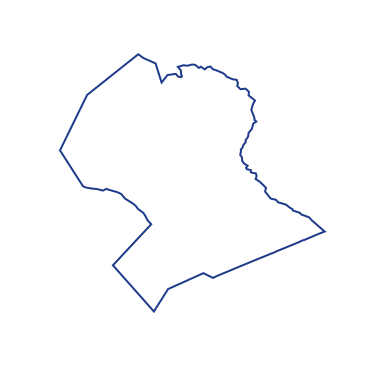 the district of Takhtakupir, Karakalpakstan, Uzbekistan, rotated 107°
{"feature_id": "79887680B8081809775743", "entity_name": "Takhtakupir", "entity_type": "district", "adm_level": 2, "iso_a3": "UZB", "parent_name": "Uzbekistan", "parent_adm1": "Karakalpakstan", "projection": "orthographic", "projection_center": [60.944, 43.185], "detail": "fine", "context": "isolated", "style": "outline", "palette": "blue", "viewbox_px": 384, "rotation_deg": 107, "n_neighbors": 0, "source": "geoboundaries", "source_scale": "gbopen_adm2", "svg_char_len": 1628}
<svg xmlns="http://www.w3.org/2000/svg" viewBox="0 0 384 384"><g transform="rotate(107 192 192)"><path d="M129.9,320.7L190.8,330.4L218.4,297.9L218.7,294.5L218.0,288.9L217.0,284.0L216.7,277.7L213.9,274.5L214.2,272.4L214.0,263.5L214.6,259.1L217.9,254.1L219.2,249.2L220.4,244.7L221.9,241.5L223.9,238.9L226.3,232.3L228.3,229.9L232.1,226.2L234.8,221.6L285.2,246.2L317.4,193.5L291.8,186.5L266.3,157.4L268.0,146.7L267.6,146.3L266.5,145.2L265.1,143.7L249.7,125.1L245.2,119.6L236.2,108.7L233.1,104.8L227.2,97.6L226.3,96.3L223.8,93.6L217.3,85.6L213.3,80.8L213.2,80.5L212.2,79.5L211.7,78.7L207.4,73.7L206.0,72.3L206.0,72.2L205.3,70.9L197.4,61.5L195.8,59.6L191.0,53.6L184.0,69.3L182.0,72.6L181.5,81.1L180.4,82.7L180.2,90.2L179.0,91.0L178.3,94.1L176.6,98.4L176.7,106.6L174.9,109.5L175.3,114.7L170.3,122.2L166.3,122.5L162.5,129.9L160.9,135.0L157.8,134.9L155.5,136.4L156.0,139.8L155.9,141.5L153.9,142.1L154.1,146.2L153.0,147.4L150.6,146.5L149.4,150.8L147.5,153.1L144.2,154.4L142.5,156.7L139.3,157.0L137.2,157.7L135.2,156.8L131.6,156.5L128.8,155.2L127.0,155.9L122.6,154.5L119.0,155.2L114.2,153.2L108.7,153.4L105.8,151.1L104.7,153.4L102.8,154.0L96.1,159.3L90.5,159.4L86.1,158.5L84.7,162.0L83.1,166.1L79.7,166.8L78.3,169.1L77.6,171.3L79.5,175.7L77.3,179.8L74.4,179.9L71.7,182.0L72.3,186.4L71.6,192.7L70.3,194.2L69.2,197.4L68.5,204.7L68.5,208.1L66.6,211.0L68.1,213.8L71.0,215.7L69.6,220.2L71.3,221.7L69.5,226.2L70.0,229.0L72.6,233.3L73.3,237.3L76.5,242.0L78.9,238.3L82.8,236.7L84.2,235.5L85.4,236.0L85.7,239.0L83.8,242.1L87.3,249.6L96.2,253.1L79.7,264.4L78.1,277.6L76.0,283.7L129.9,320.7Z" fill="none" stroke="#1e3a8a" stroke-width="2"/></g></svg>